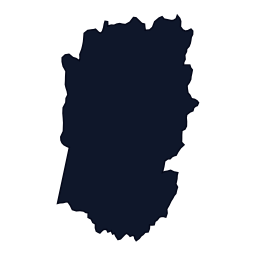 Deputado Irapuan Pinheiro, Ceará, Brazil (Equal Earth projection), rotated 180°
{"feature_id": "56859067B95379226813402", "entity_name": "Deputado Irapuan Pinheiro", "entity_type": "district", "adm_level": 2, "iso_a3": "BRA", "parent_name": "Brazil", "parent_adm1": "Ceará", "projection": "equal_earth", "projection_center": [-39.279, -5.882], "detail": "fine", "context": "isolated", "style": "filled", "palette": "ink", "viewbox_px": 256, "rotation_deg": 180, "n_neighbors": 0, "source": "geoboundaries", "source_scale": "gbopen_adm2", "svg_char_len": 2532}
<svg xmlns="http://www.w3.org/2000/svg" viewBox="0 0 256 256"><g transform="rotate(180 128 128)"><path d="M193.8,198.3L193.8,194.3L192.8,189.8L191.2,187.0L190.0,184.7L190.3,179.4L190.4,175.0L190.6,171.5L189.9,168.4L188.7,164.7L188.1,161.2L189.9,157.7L190.1,153.4L192.8,148.3L193.0,142.7L192.6,138.0L192.3,133.2L192.4,130.5L192.6,124.7L195.2,119.1L195.0,115.8L193.9,113.2L192.1,111.3L189.2,109.7L186.6,108.6L191.0,87.8L198.5,52.6L196.2,53.2L193.0,53.4L189.9,54.2L187.9,54.0L185.5,50.4L183.6,46.4L179.7,45.2L176.1,45.5L172.4,45.0L170.1,43.5L167.8,43.2L167.9,38.6L164.8,37.0L163.1,33.5L160.5,32.0L160.6,28.1L159.7,24.9L157.9,23.8L156.1,23.0L154.4,24.9L152.3,26.6L149.4,26.6L148.1,24.0L144.8,25.3L143.4,22.0L141.5,22.8L140.1,19.7L138.0,16.5L135.5,17.1L133.5,19.2L131.1,21.7L129.4,22.8L127.3,21.4L125.9,19.7L123.5,20.7L121.6,20.0L121.1,17.4L119.8,15.4L116.8,17.6L114.8,20.2L112.9,21.5L110.9,23.8L107.9,24.1L106.7,27.2L106.4,31.1L104.0,31.0L101.9,31.2L101.0,34.6L98.9,36.0L96.6,38.9L94.7,39.5L92.7,39.6L90.2,38.9L88.9,42.8L89.3,47.0L87.1,50.8L85.0,55.2L83.5,57.5L81.9,60.5L80.2,62.5L79.4,66.1L78.5,68.9L80.2,72.0L79.1,77.2L78.9,80.7L78.2,83.3L82.2,84.1L85.4,85.7L88.4,84.8L91.0,84.4L93.6,83.4L92.9,86.6L92.2,89.4L91.3,94.9L88.2,97.2L85.9,97.2L83.9,99.3L82.1,100.2L79.9,100.8L78.1,104.2L75.3,108.2L73.6,109.7L72.0,111.2L74.5,113.8L74.4,117.3L74.4,121.1L74.1,125.4L71.1,126.9L69.6,129.8L69.5,134.3L69.8,138.5L69.3,141.4L66.0,144.0L63.1,145.2L62.3,148.2L60.6,149.7L58.7,150.5L57.5,153.3L58.9,155.1L61.3,156.6L64.5,157.3L66.1,160.8L68.1,163.2L68.7,167.0L69.0,170.4L66.8,173.5L65.3,176.7L65.0,179.8L64.4,182.4L63.7,186.1L65.4,188.3L66.2,190.9L69.9,190.9L72.5,190.9L72.3,193.8L70.9,196.7L71.3,201.1L69.6,204.3L69.3,207.2L67.0,209.7L65.8,212.8L65.2,215.9L64.8,218.8L63.4,221.6L63.3,225.0L65.0,226.9L68.1,225.3L70.7,224.9L73.3,226.2L75.6,229.3L75.3,234.7L76.3,237.6L78.7,240.6L79.8,237.3L82.5,235.6L84.7,235.4L88.9,236.3L91.9,236.9L93.9,239.3L96.9,238.0L101.3,234.3L102.2,231.9L103.4,228.7L106.4,226.0L110.7,225.7L111.2,228.6L111.5,231.9L114.3,232.6L116.0,234.3L120.0,238.2L122.5,238.5L126.1,233.8L130.6,231.4L133.8,231.8L136.3,232.4L139.2,231.9L141.9,230.7L144.8,230.9L148.2,229.9L148.4,234.3L150.9,234.7L151.7,231.9L152.3,228.4L153.6,224.4L155.5,222.8L157.4,223.7L160.5,226.8L162.4,226.3L165.1,226.0L168.3,225.5L171.8,222.7L172.2,217.2L172.5,214.1L173.3,210.0L174.2,206.5L176.1,201.6L175.9,197.7L176.8,195.4L180.0,197.5L183.2,198.5L185.3,200.3L187.0,201.7L190.8,201.1L193.8,198.3Z" fill="#0f172a" stroke="#020617" stroke-width="1.5"/></g></svg>